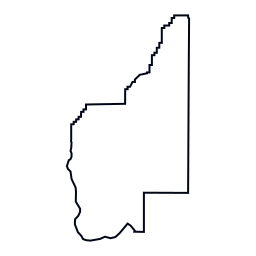 the district of Grant, Washington, United States of America
{"feature_id": "52423323B96573779490833", "entity_name": "Grant", "entity_type": "district", "adm_level": 2, "iso_a3": "USA", "parent_name": "United States of America", "parent_adm1": "Washington", "projection": "mercator", "projection_center": [-119.611, 47.294], "detail": "fine", "context": "isolated", "style": "outline", "palette": "ink", "viewbox_px": 256, "rotation_deg": 0, "n_neighbors": 0, "source": "geoboundaries", "source_scale": "gbopen_adm2", "svg_char_len": 1155}
<svg xmlns="http://www.w3.org/2000/svg" viewBox="0 0 256 256"><path d="M134.3,231.7L143.9,231.9L143.9,221.9L143.9,192.7L188.1,192.9L188.4,134.1L188.8,61.7L189.1,18.5L188.2,17.8L188.1,15.4L174.2,15.4L174.2,18.0L171.7,18.0L171.7,23.0L169.2,23.0L169.2,25.5L164.3,25.5L164.3,28.0L161.8,28.0L161.8,42.9L159.3,42.9L159.3,47.7L156.8,47.8L156.8,52.8L154.4,52.7L154.4,55.2L151.9,55.2L151.9,65.0L149.5,65.0L149.5,72.4L147.0,72.4L147.0,73.3L139.8,74.8L134.9,79.5L134.9,82.0L132.5,81.9L130.0,86.8L127.5,86.8L127.6,89.2L125.2,89.2L125.1,103.8L86.0,104.5L86.0,109.4L83.5,109.4L83.5,111.9L81.1,111.9L81.0,116.8L78.6,116.8L78.6,119.3L76.2,119.4L76.1,121.8L73.7,121.8L73.7,124.2L71.2,124.3L71.2,139.3L71.0,141.1L71.5,142.4L71.3,147.4L70.6,151.0L71.6,153.6L71.5,156.9L70.4,159.3L68.8,160.2L66.9,166.1L68.0,169.0L70.5,171.5L71.6,179.1L75.6,187.5L76.0,191.7L75.8,201.7L80.1,208.7L80.1,211.8L78.3,215.8L75.2,219.1L74.9,222.0L74.9,224.4L77.9,232.2L81.2,235.7L83.0,239.0L83.5,239.3L85.3,239.8L86.2,240.2L90.5,240.6L100.2,238.9L104.9,236.7L110.7,238.2L115.4,237.0L119.6,233.2L127.6,223.6L130.6,225.6L134.7,230.6L134.3,231.7Z" fill="none" stroke="#020617" stroke-width="2"/></svg>